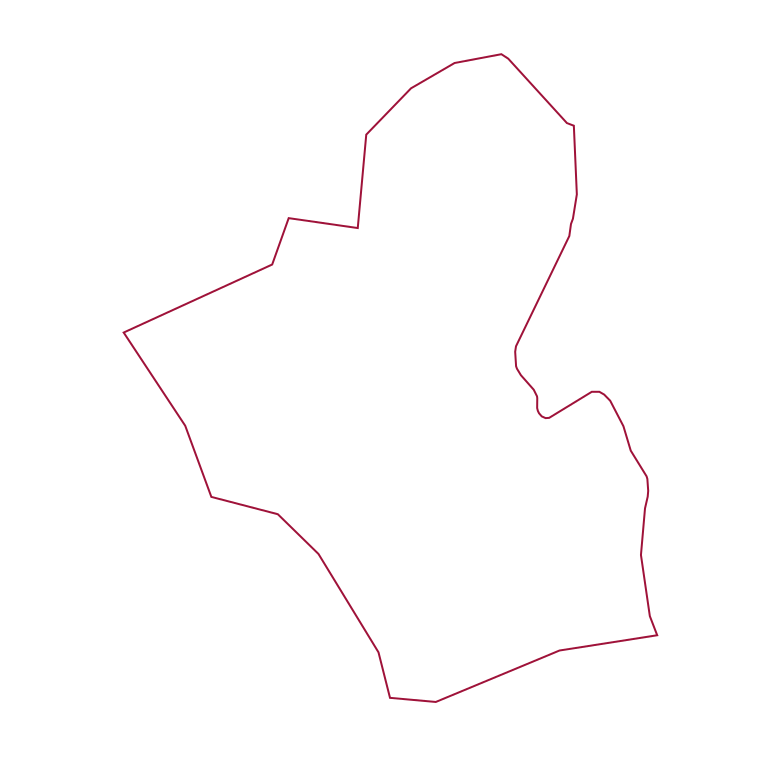 Havering, orthographic projection, rotated 176°
{"feature_id": "GBR-2675", "entity_name": "Havering", "entity_type": "London Borough", "adm_level": 1, "iso_a3": "GBR", "parent_name": "United Kingdom", "parent_adm1": "", "projection": "orthographic", "projection_center": [0.199, 51.556], "detail": "fine", "context": "isolated", "style": "outline", "palette": "rose", "viewbox_px": 768, "rotation_deg": 176, "n_neighbors": 0, "source": "natural_earth", "source_scale": "10m", "svg_char_len": 800}
<svg xmlns="http://www.w3.org/2000/svg" viewBox="0 0 768 768"><g transform="rotate(176 384 384)"><path d="M139.6,195.5L135.0,133.9L129.0,114.3L227.5,105.9L354.5,63.2L399.9,70.5L408.2,116.7L461.2,219.0L499.0,261.5L564.1,283.4L585.2,356.2L595.7,374.8L640.1,453.5L487.2,511.0L467.5,556.1L399.3,541.4L384.3,634.0L336.4,677.1L291.2,699.3L243.9,704.8L237.4,699.9L183.3,631.5L176.6,628.4L178.4,559.7L184.0,535.7L186.3,530.6L188.8,518.7L249.7,412.4L250.9,407.0L251.0,392.5L250.3,390.0L246.8,383.2L235.0,367.8L232.2,361.0L232.1,359.2L232.9,349.3L232.4,346.5L231.4,344.0L228.9,340.7L225.2,338.7L221.6,338.7L177.3,361.7L169.7,361.2L165.1,358.1L159.5,351.5L148.1,325.2L142.5,300.3L128.5,273.6L127.9,270.9L127.9,258.9L128.8,253.2L132.3,241.7L139.6,195.5Z" fill="none" stroke="#9f1239" stroke-width="2"/></g></svg>